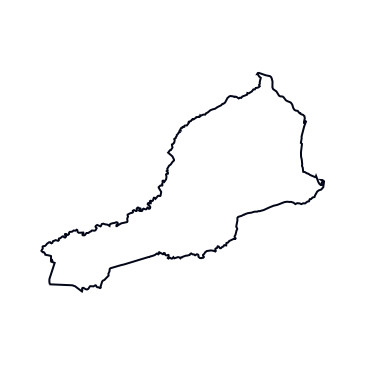 El Retén, Magdalena, Colombia (Albers equal-area conic projection), rotated 110°
{"feature_id": "7082276B19803419989566", "entity_name": "El Retén", "entity_type": "district", "adm_level": 2, "iso_a3": "COL", "parent_name": "Colombia", "parent_adm1": "Magdalena", "projection": "albers", "projection_center": [-74.323, 10.652], "detail": "fine", "context": "isolated", "style": "outline", "palette": "ink", "viewbox_px": 384, "rotation_deg": 110, "n_neighbors": 0, "source": "geoboundaries", "source_scale": "gbopen_adm2", "svg_char_len": 6045}
<svg xmlns="http://www.w3.org/2000/svg" viewBox="0 0 384 384"><g transform="rotate(110 192 192)"><path d="M255.9,178.4L253.8,175.8L253.5,174.9L252.0,172.7L250.5,172.3L250.0,171.7L250.4,170.2L250.0,168.8L250.4,167.4L248.9,166.2L248.7,165.3L249.1,164.4L250.6,163.8L251.3,162.3L251.1,160.8L250.6,160.3L250.1,159.1L249.0,158.6L248.0,159.9L247.3,160.1L245.8,159.3L244.4,159.1L242.5,158.0L240.4,154.2L239.9,151.7L239.9,149.7L239.2,149.5L238.2,150.4L237.6,150.6L236.7,150.2L236.1,149.4L234.3,149.3L234.1,148.3L235.2,146.6L235.0,145.7L233.1,144.7L232.5,143.9L230.9,143.5L230.5,141.6L228.2,142.2L227.1,140.8L225.4,140.3L222.0,137.0L221.4,135.3L220.6,135.2L219.8,136.5L219.1,136.8L217.3,136.5L213.0,137.0L211.6,136.8L210.8,137.1L209.4,138.6L203.1,139.6L200.9,140.5L199.6,140.1L197.4,137.2L195.5,135.5L195.4,135.0L194.7,134.6L192.8,132.3L191.2,129.3L189.1,126.5L188.1,123.9L187.3,123.2L187.0,122.1L184.4,118.4L180.1,114.1L176.9,110.5L174.9,107.4L169.9,101.7L168.6,99.3L167.9,96.6L167.4,95.6L167.3,93.0L168.0,90.7L166.5,89.3L165.9,86.9L166.0,85.1L164.5,83.5L164.1,81.9L161.6,80.3L160.7,78.9L158.5,78.9L157.9,77.7L155.9,76.8L154.9,75.2L153.2,75.2L148.8,74.5L147.2,73.5L145.5,71.4L142.6,70.3L137.0,71.5L136.5,72.1L136.2,73.6L136.5,74.6L136.9,72.9L137.3,73.0L137.8,72.5L138.3,73.1L139.3,73.3L140.2,72.8L140.8,73.0L141.1,72.7L141.4,73.3L140.7,75.2L139.4,76.7L134.5,80.9L135.6,80.9L136.0,81.5L135.8,82.2L135.4,81.9L135.8,82.4L135.8,83.5L135.6,86.8L135.0,89.2L135.2,90.0L134.7,92.7L135.0,94.4L131.2,96.3L129.8,97.6L128.3,97.9L124.1,99.9L121.5,101.6L117.4,103.2L109.2,105.1L108.6,106.5L104.1,107.3L102.4,108.0L98.5,108.4L92.2,109.0L86.8,109.0L86.6,109.6L88.0,109.6L88.6,110.4L88.0,110.7L84.2,111.2L82.3,112.3L81.5,114.0L81.6,115.8L81.2,117.5L80.8,117.5L80.9,118.4L79.6,120.5L80.0,122.2L79.8,123.8L78.5,125.5L75.6,127.7L74.5,129.2L74.1,130.2L74.0,133.6L73.7,135.2L71.7,138.2L71.3,139.4L71.9,141.8L71.7,143.2L68.6,147.1L67.6,150.9L66.2,152.2L60.5,154.2L57.7,156.2L56.8,157.3L56.5,158.3L57.1,162.8L57.2,169.9L57.8,170.9L58.9,171.1L58.7,170.7L60.5,168.4L61.2,166.4L65.3,166.0L67.1,165.3L68.5,165.6L69.4,164.5L70.6,165.1L71.4,165.8L72.5,167.7L74.1,168.1L74.6,169.4L77.1,170.2L79.9,172.4L80.0,173.8L81.8,173.6L85.0,177.3L86.8,178.0L86.9,179.1L88.1,180.1L87.4,182.8L87.7,183.5L87.6,184.3L88.2,184.7L88.1,186.4L88.7,188.8L89.4,189.6L91.5,190.8L96.6,191.5L98.3,192.6L98.8,193.5L100.7,194.4L103.5,197.1L106.1,199.0L106.9,200.4L108.9,202.7L111.7,204.3L113.4,205.8L114.7,206.0L115.5,208.0L117.4,209.9L117.2,210.4L118.0,210.3L118.5,211.0L119.0,210.8L120.1,213.5L120.6,213.5L122.7,215.0L123.1,216.2L123.7,216.0L124.2,216.9L125.7,217.3L127.0,219.0L127.7,219.1L128.0,218.6L131.1,219.5L132.1,221.5L133.1,221.9L133.6,222.5L133.8,222.1L134.7,223.3L135.4,223.4L135.7,224.1L137.7,224.4L138.2,223.7L138.7,224.6L140.0,224.6L140.2,224.2L140.7,224.8L142.8,225.3L143.6,225.8L144.6,225.5L145.9,225.9L146.7,225.7L148.1,226.8L148.5,226.7L148.6,226.3L149.5,225.9L151.8,225.6L152.1,225.9L153.1,226.1L154.2,227.1L155.5,226.5L156.7,225.6L157.3,225.6L159.8,226.2L160.3,227.0L163.2,227.9L165.2,222.6L167.6,220.1L168.5,219.7L170.7,220.7L173.4,221.4L175.1,222.5L178.7,223.2L180.0,222.3L181.0,222.9L181.7,221.5L182.6,221.0L183.2,221.0L183.6,222.1L184.4,222.4L186.6,221.1L188.9,220.7L191.9,221.5L191.2,222.9L191.5,223.4L192.0,223.4L193.2,222.7L194.8,222.8L195.5,222.2L196.1,222.2L196.7,223.9L198.9,225.0L199.5,224.6L202.4,221.0L206.1,220.3L206.7,220.6L207.0,222.2L207.4,222.7L210.9,224.0L210.2,225.1L210.5,225.9L213.4,225.8L214.2,226.5L214.4,228.0L215.0,228.4L215.6,228.2L216.0,227.1L216.7,226.9L217.3,228.2L217.2,229.0L217.8,229.6L218.7,229.4L219.6,227.1L220.4,226.1L221.0,225.9L222.0,226.0L222.5,226.7L221.8,228.0L221.8,228.5L223.4,228.8L224.0,229.2L224.2,230.0L224.2,231.8L224.7,232.2L226.7,232.4L227.3,233.2L227.7,234.9L227.5,235.5L227.0,235.5L226.0,234.4L225.6,234.4L225.1,234.8L225.3,236.4L225.0,237.0L225.3,237.8L226.4,238.3L227.7,237.6L228.8,237.6L229.1,238.3L228.8,240.1L229.0,240.5L229.9,241.2L231.1,240.6L231.7,240.8L233.1,242.8L235.2,244.7L235.7,244.7L237.0,243.7L239.1,243.8L241.6,242.6L242.5,242.8L245.7,247.8L248.6,250.2L249.8,250.9L249.9,251.3L249.1,251.7L247.6,251.0L246.7,251.1L246.2,251.6L246.3,252.8L247.5,254.1L248.6,256.1L249.9,257.7L250.7,258.1L252.1,257.9L251.6,260.0L252.1,262.8L252.1,264.5L253.0,265.8L255.2,266.0L255.6,266.2L255.4,269.8L256.6,270.7L257.4,270.9L258.0,270.5L258.6,269.2L261.0,269.6L261.7,270.4L262.4,272.9L263.6,273.5L264.4,274.4L265.9,275.3L266.6,277.1L269.3,278.0L269.6,278.5L270.0,279.6L269.8,280.2L269.2,280.4L267.9,279.9L267.3,280.3L269.1,284.6L268.7,285.7L267.0,286.8L266.9,287.5L268.2,288.3L268.7,290.1L270.3,291.1L271.3,293.2L272.1,293.6L273.6,293.2L274.8,293.9L274.5,296.1L275.0,296.9L275.7,296.7L276.5,295.2L277.2,295.2L278.2,295.7L278.3,296.5L277.7,297.8L278.0,298.5L280.5,300.0L281.1,301.0L281.7,301.1L282.7,300.6L283.6,301.0L283.9,303.8L285.1,304.9L285.6,305.7L287.6,305.9L288.3,306.5L288.2,307.5L287.7,308.2L288.1,309.1L290.1,310.5L292.4,311.3L293.2,312.0L293.8,313.3L294.5,313.7L296.2,312.9L298.6,313.4L299.1,313.1L299.6,311.3L299.2,310.8L300.2,309.0L301.1,308.4L300.4,303.5L300.5,302.5L304.6,301.1L303.8,300.2L305.1,299.2L305.6,299.5L305.6,296.8L322.6,296.2L325.0,295.4L327.3,294.1L327.5,294.4L320.6,272.6L320.6,269.5L323.1,261.4L322.0,261.4L320.4,262.2L319.6,262.1L319.2,261.3L319.7,258.5L319.5,257.3L318.4,256.3L315.7,255.7L315.2,255.2L314.4,252.3L312.7,250.9L312.7,250.2L313.6,249.3L313.9,248.4L313.5,247.3L313.8,245.7L313.4,245.2L312.7,245.1L311.9,245.6L306.7,245.8L305.5,245.2L304.7,244.3L299.1,241.8L297.4,242.6L294.8,242.4L292.5,243.0L291.9,242.8L291.2,242.1L285.1,233.8L283.2,230.9L268.1,210.8L267.6,209.7L266.8,209.2L266.2,208.1L264.0,205.4L262.0,204.1L261.7,203.5L262.1,202.4L261.2,201.9L260.4,202.4L259.8,202.2L260.4,198.0L260.1,197.5L259.1,197.6L258.8,196.8L260.1,195.6L260.4,194.6L259.2,192.7L259.4,192.3L261.0,191.9L262.3,192.2L262.6,191.4L261.3,190.4L261.6,188.5L261.4,188.0L259.6,187.2L260.4,186.0L257.9,182.8L257.8,181.4L258.3,180.2L256.9,179.7L256.7,178.8L255.9,178.4Z" fill="none" stroke="#020617" stroke-width="2"/></g></svg>